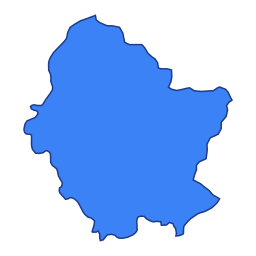 Dubrowna, Vitebsk, Belarus (Mercator projection)
{"feature_id": "67162791B1773631612848", "entity_name": "Dubrowna", "entity_type": "district", "adm_level": 2, "iso_a3": "BLR", "parent_name": "Belarus", "parent_adm1": "Vitebsk", "projection": "mercator", "projection_center": [30.836, 54.609], "detail": "fine", "context": "isolated", "style": "filled", "palette": "blue", "viewbox_px": 256, "rotation_deg": 0, "n_neighbors": 0, "source": "geoboundaries", "source_scale": "gbopen_adm2", "svg_char_len": 2544}
<svg xmlns="http://www.w3.org/2000/svg" viewBox="0 0 256 256"><path d="M219.6,198.8L216.9,197.2L213.0,195.0L208.9,190.3L204.2,186.8L200.4,183.7L196.8,181.8L193.2,179.9L194.6,174.7L196.5,169.7L196.5,165.0L199.5,161.7L206.1,158.7L207.2,150.5L207.0,144.1L210.3,137.8L218.2,134.2L221.2,128.7L221.2,122.4L226.2,116.4L227.6,109.5L226.5,105.9L228.7,102.4L232.0,100.2L230.0,96.3L228.1,92.2L225.4,89.2L219.6,87.0L217.1,88.1L213.3,90.8L210.0,90.8L202.8,91.4L200.6,91.4L194.3,90.8L191.8,89.2L189.6,87.8L186.6,88.3L182.2,89.4L176.7,90.5L171.5,89.2L168.5,87.2L170.9,81.7L171.8,77.1L171.5,69.9L167.1,68.8L161.0,68.8L158.3,68.0L157.7,63.0L155.0,58.9L151.7,56.7L147.8,53.1L144.8,47.9L141.8,44.6L134.4,44.6L129.4,44.6L124.8,42.4L123.7,37.7L122.8,33.1L119.5,27.3L112.9,25.9L106.9,25.7L99.7,22.6L96.2,19.9L95.4,15.4L86.3,18.8L80.5,20.8L74.1,24.6L70.2,27.3L67.7,32.4L67.1,35.9L66.5,38.4L64.6,41.0L61.9,43.9L58.3,47.5L53.6,52.5L50.5,57.3L49.3,60.1L48.6,63.1L48.6,66.7L48.7,70.3L50.5,74.1L51.0,78.1L50.8,81.1L51.6,83.8L52.6,86.6L52.5,89.7L51.4,91.5L49.2,94.8L47.6,97.0L45.8,99.4L43.1,103.9L41.5,105.5L37.0,105.5L35.1,104.9L33.0,105.0L31.6,105.5L30.4,106.7L31.4,108.9L33.9,110.2L36.6,110.8L37.8,112.1L37.6,114.5L35.2,117.5L32.0,118.8L27.0,120.9L25.1,123.9L24.5,126.3L24.0,128.9L24.1,130.7L24.8,132.6L26.3,134.0L28.4,134.2L30.1,134.2L31.4,135.3L31.6,137.8L31.5,142.2L31.5,144.4L31.8,146.8L32.4,149.2L35.6,153.2L39.0,153.4L43.0,152.8L45.3,151.0L47.1,150.7L49.6,152.3L50.5,154.5L50.6,157.2L50.6,159.0L50.7,162.5L52.3,165.3L54.4,167.0L56.8,169.0L57.5,171.4L58.5,176.0L60.0,178.7L62.3,182.7L61.8,185.7L61.1,187.0L59.6,187.9L59.2,190.5L59.7,192.6L60.9,194.1L63.7,197.2L65.5,199.3L68.0,198.8L70.0,197.6L73.4,198.2L76.0,200.2L78.0,202.3L80.7,207.2L82.8,211.5L84.9,214.5L88.1,217.2L90.9,217.9L94.4,220.5L94.4,223.2L93.4,227.4L92.1,231.6L92.3,232.1L96.2,232.1L98.1,231.0L99.7,234.0L99.7,237.6L100.3,240.6L103.3,239.8L106.1,236.2L107.4,234.9L111.3,234.3L114.9,235.1L116.8,237.1L119.3,238.2L122.8,238.2L127.5,237.3L130.0,236.2L133.3,234.6L135.5,232.7L137.1,230.5L137.1,227.2L136.8,223.0L136.8,220.0L137.9,217.0L140.7,216.2L144.3,216.4L146.5,218.9L150.0,220.8L153.3,221.9L156.1,221.4L160.8,221.7L161.3,225.2L162.1,225.2L166.5,225.0L169.3,222.5L172.9,223.6L174.2,226.9L175.6,228.5L176.4,233.2L175.9,236.0L178.9,235.7L182.8,234.3L183.5,233.1L183.5,229.9L183.8,226.7L184.7,225.1L187.9,221.3L190.7,218.6L195.1,215.6L197.9,213.7L200.5,212.7L203.9,211.8L207.0,210.4L211.5,208.0L213.9,205.9L217.0,202.9L219.0,199.8L219.6,198.8Z" fill="#3b82f6" stroke="#1e3a8a" stroke-width="1.5"/></svg>